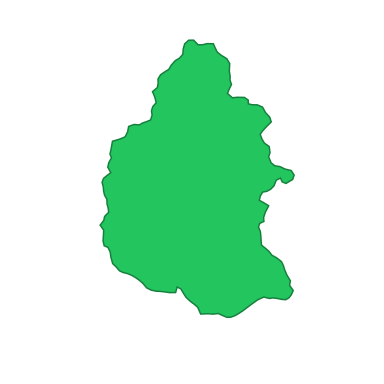 outline of Araújos, Minas Gerais, Brazil, rotated 334°
{"feature_id": "56859067B13724994892972", "entity_name": "Araújos", "entity_type": "district", "adm_level": 2, "iso_a3": "BRA", "parent_name": "Brazil", "parent_adm1": "Minas Gerais", "projection": "albers", "projection_center": [-45.174, -19.885], "detail": "fine", "context": "isolated", "style": "filled", "palette": "green", "viewbox_px": 384, "rotation_deg": 334, "n_neighbors": 0, "source": "geoboundaries", "source_scale": "gbopen_adm2", "svg_char_len": 2277}
<svg xmlns="http://www.w3.org/2000/svg" viewBox="0 0 384 384"><g transform="rotate(334 192 192)"><path d="M260.0,56.2L255.5,54.1L250.4,55.6L246.9,59.5L244.1,64.2L239.4,66.2L234.6,66.6L229.0,68.9L224.9,71.6L220.1,72.1L215.2,72.8L211.0,75.5L209.3,79.3L206.7,82.9L200.5,84.5L200.2,90.1L199.0,96.0L194.1,98.1L191.1,101.4L189.9,105.3L186.4,109.1L181.5,108.8L177.9,108.3L174.1,108.6L169.5,105.9L163.8,105.3L160.6,109.6L156.1,113.1L150.5,112.8L146.2,112.1L142.8,111.5L140.0,115.3L137.6,118.6L134.9,121.9L134.6,126.0L130.0,129.2L127.2,132.8L127.5,139.0L122.5,140.0L118.4,141.0L115.4,143.9L114.5,148.5L113.0,152.3L112.0,156.6L112.3,161.3L110.3,165.7L109.7,169.4L108.2,173.7L102.8,175.6L100.2,178.9L94.9,181.5L95.9,187.5L93.3,192.3L90.6,197.0L89.5,201.9L92.2,204.9L92.2,209.9L90.5,215.2L89.3,221.6L91.1,226.4L92.2,230.9L94.5,233.9L98.2,237.0L101.3,240.5L104.0,244.6L106.1,248.5L107.9,252.9L109.2,258.3L112.3,262.3L116.2,265.4L119.8,267.4L123.5,269.7L127.9,272.7L133.2,275.2L137.0,270.9L139.5,274.2L139.9,279.3L140.5,284.1L142.6,289.6L144.9,294.1L146.6,298.2L146.3,305.5L152.7,308.3L157.7,311.1L162.4,312.8L165.6,316.7L168.5,320.0L171.8,321.5L176.5,322.0L181.5,321.6L185.5,321.1L189.9,320.2L195.0,319.2L198.5,318.6L203.7,317.7L210.5,317.9L214.9,321.6L218.4,322.7L221.6,324.8L225.5,327.8L229.0,329.9L232.8,329.6L236.1,328.0L239.8,324.9L238.8,318.7L241.5,314.9L240.9,308.3L241.2,302.3L241.9,298.3L241.9,293.9L239.4,288.6L236.1,283.8L235.2,279.3L233.4,274.9L231.2,270.3L232.6,266.4L234.2,262.7L236.1,257.6L236.4,252.6L239.1,249.9L243.7,250.0L245.2,246.3L249.1,242.3L254.9,238.0L251.6,232.8L248.9,229.0L251.6,225.6L255.5,223.1L259.7,224.2L264.0,224.0L268.4,222.4L272.9,218.3L277.6,218.3L277.5,222.4L280.2,225.5L283.9,225.2L287.9,224.9L291.2,221.6L290.6,216.2L285.6,212.1L282.3,207.8L277.9,204.7L275.9,200.4L276.3,194.0L279.4,190.8L281.3,185.0L278.5,179.8L278.1,175.1L278.6,170.0L281.9,168.2L285.8,166.6L290.3,165.0L293.9,163.8L294.7,158.9L292.9,152.9L292.6,146.6L288.9,142.3L284.4,140.0L281.3,137.5L282.8,134.0L280.6,130.0L274.2,126.7L269.6,125.0L267.1,119.0L270.6,115.8L274.6,112.7L275.2,108.1L277.0,104.7L278.5,99.8L282.2,93.1L281.7,87.4L278.3,82.1L276.0,77.3L276.0,72.4L276.2,68.1L270.5,65.2L265.8,64.2L262.0,62.3L260.0,56.2Z" fill="#22c55e" stroke="#15803d" stroke-width="1.5"/></g></svg>